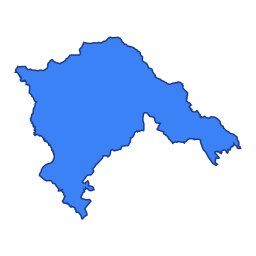 Santuario, Antioquia, Colombia
{"feature_id": "7082276B94557832813539", "entity_name": "Santuario", "entity_type": "district", "adm_level": 2, "iso_a3": "COL", "parent_name": "Colombia", "parent_adm1": "Antioquia", "projection": "albers", "projection_center": [-75.251, 6.114], "detail": "fine", "context": "isolated", "style": "filled", "palette": "blue", "viewbox_px": 256, "rotation_deg": 0, "n_neighbors": 0, "source": "geoboundaries", "source_scale": "gbopen_adm2", "svg_char_len": 5726}
<svg xmlns="http://www.w3.org/2000/svg" viewBox="0 0 256 256"><path d="M137.6,51.3L137.2,50.1L135.6,49.3L133.8,47.8L129.9,46.4L129.5,46.7L128.9,46.2L127.7,46.2L126.1,44.4L124.1,43.9L123.4,42.7L122.3,42.3L121.7,40.6L120.3,38.6L119.6,38.0L118.8,38.0L118.2,37.3L113.3,37.7L112.6,38.0L110.3,37.2L108.7,37.8L105.7,41.1L103.8,41.3L101.2,43.0L98.5,42.4L96.8,43.1L94.3,42.7L91.1,43.4L87.8,43.4L83.8,42.4L82.0,46.8L79.6,49.3L79.6,51.0L80.5,52.8L80.1,54.4L79.5,55.0L71.7,55.0L70.0,55.3L67.7,58.2L66.0,59.1L65.6,60.1L64.7,61.0L62.4,62.4L61.0,62.8L60.4,63.8L55.9,62.5L53.2,61.0L52.5,59.8L51.8,59.7L50.1,60.7L49.8,61.9L48.4,62.8L47.8,64.3L47.8,66.0L47.3,68.1L43.7,70.6L40.5,70.1L37.0,70.9L35.8,70.3L35.6,70.2L32.4,70.2L30.6,69.1L28.0,69.7L27.6,69.2L26.3,68.5L26.3,67.6L25.7,66.8L24.7,66.4L19.1,66.8L17.9,66.4L17.3,67.8L16.0,69.1L15.6,70.4L16.2,71.3L15.4,72.2L16.8,72.4L17.7,72.9L19.1,75.3L19.8,75.6L19.8,76.7L20.4,76.8L20.6,77.3L21.2,77.3L21.4,78.4L20.4,79.3L20.4,80.2L21.1,81.4L22.0,81.4L23.1,80.7L23.6,81.4L24.0,81.4L24.6,80.4L25.2,80.4L26.4,82.8L26.1,84.5L26.9,84.5L27.5,85.0L28.5,84.6L29.1,85.1L29.7,87.2L29.3,93.0L31.5,94.8L31.7,96.2L32.8,96.9L33.3,97.7L34.5,100.8L36.4,101.9L35.3,103.5L34.9,106.3L33.5,108.8L32.8,114.1L31.8,114.4L31.2,117.7L30.5,118.5L30.9,121.2L31.7,122.1L32.6,122.5L32.6,122.9L32.0,123.3L33.0,124.1L33.2,126.1L34.1,126.1L34.8,126.5L34.0,127.2L35.2,128.3L34.1,130.0L34.5,130.5L35.4,130.2L35.6,131.3L35.1,132.5L34.1,132.6L34.1,132.9L34.7,133.3L34.0,134.3L35.1,135.5L35.6,135.3L35.9,134.6L37.3,134.4L37.9,134.9L39.2,135.4L39.9,136.1L41.2,135.6L43.0,137.9L43.6,138.1L43.8,139.2L44.6,139.1L44.1,140.1L44.5,141.1L45.0,141.2L45.3,140.8L45.7,140.7L46.0,141.6L47.0,141.6L47.4,142.7L48.4,143.1L48.8,143.6L48.7,144.9L49.1,145.2L49.7,144.8L50.1,145.2L50.5,146.5L51.5,147.8L51.7,150.0L52.6,150.2L52.6,150.7L53.1,150.9L52.8,151.9L53.6,152.9L53.6,153.9L54.2,155.2L54.3,157.8L53.4,159.4L53.1,161.1L50.5,163.2L47.7,163.9L45.3,165.0L42.8,167.4L41.5,169.8L41.1,171.7L40.1,172.9L39.4,175.5L44.3,179.6L46.4,180.8L50.4,180.5L51.6,181.4L52.9,183.2L55.1,183.9L56.4,186.1L59.2,189.4L58.5,191.0L59.1,191.0L59.7,190.5L60.2,190.7L61.6,189.6L62.2,189.6L61.8,190.6L62.3,191.1L62.0,191.5L63.7,193.3L64.0,195.3L65.2,196.3L63.9,198.4L63.6,199.7L62.5,200.8L62.4,201.4L64.1,203.3L65.0,203.0L66.0,203.3L66.8,202.9L67.0,203.9L69.1,204.3L69.4,204.6L69.2,205.6L69.8,205.8L70.6,207.0L71.0,207.0L71.0,206.2L71.3,206.1L72.2,206.8L73.4,206.9L74.0,207.5L75.2,208.0L75.1,209.5L76.0,210.2L76.0,211.8L76.3,212.4L78.0,212.1L79.3,213.2L81.2,216.1L81.8,218.8L82.6,218.8L82.5,218.4L84.9,216.3L87.0,215.0L86.7,212.8L84.9,208.9L85.0,208.3L90.9,201.0L89.5,199.5L86.1,199.8L81.5,198.4L80.9,196.3L82.3,194.8L82.9,192.6L84.6,191.7L84.1,190.5L83.9,189.3L85.4,189.3L85.5,187.9L86.1,188.7L87.5,188.4L88.4,189.8L89.9,190.6L91.1,190.7L93.9,189.8L93.6,188.2L92.8,187.0L90.8,186.1L88.5,185.7L88.8,183.0L87.8,180.9L85.6,182.6L85.2,183.6L83.0,182.7L82.3,182.0L87.2,175.3L87.7,175.0L89.0,175.1L91.0,174.8L93.2,172.3L93.7,171.2L93.0,169.5L93.2,168.3L94.8,166.7L95.9,164.9L95.8,164.7L97.2,163.7L101.8,158.9L102.7,157.5L103.0,156.0L106.4,155.7L107.4,156.1L107.6,156.8L108.3,156.7L109.8,155.3L110.8,150.5L112.2,149.5L114.1,150.8L117.8,150.1L119.3,149.2L120.1,149.5L120.7,149.2L121.9,146.4L122.3,146.1L128.2,145.5L130.5,141.3L130.4,138.0L131.7,137.9L132.8,136.9L134.1,134.8L134.5,132.7L136.6,131.0L137.6,131.8L138.1,131.1L139.5,131.1L141.9,130.4L143.6,130.6L143.8,130.2L143.9,124.1L143.0,120.8L142.8,118.4L143.7,113.5L144.3,112.7L146.6,112.8L147.9,113.9L149.8,116.4L153.8,117.1L154.8,119.0L154.9,120.7L155.7,122.3L156.5,122.9L157.7,122.9L158.6,123.4L159.5,123.2L160.3,123.5L158.2,126.8L158.2,127.5L157.3,128.9L157.2,129.6L163.7,132.0L163.5,132.9L164.0,134.1L164.9,134.2L165.7,135.2L167.6,136.4L168.8,138.9L169.8,139.5L171.5,141.7L172.6,142.5L172.8,143.3L175.1,141.9L177.0,142.3L178.1,141.5L183.2,142.4L184.2,142.9L184.1,141.8L185.5,141.9L188.0,139.3L190.4,138.6L193.3,139.0L194.3,139.6L194.6,139.2L195.7,139.5L197.5,139.0L200.3,139.9L200.9,140.8L200.5,141.7L200.6,142.5L203.2,149.5L205.8,152.2L208.5,157.3L212.4,162.9L215.5,165.1L216.5,165.2L217.4,164.4L215.6,162.9L215.1,161.7L216.0,158.0L218.6,158.3L219.2,157.8L216.4,154.3L215.1,153.7L215.0,151.9L216.1,151.6L217.3,151.9L217.4,151.3L217.8,151.3L221.0,153.7L221.8,152.6L221.1,152.1L221.2,151.0L221.9,151.0L224.0,149.8L225.0,149.9L226.1,151.1L226.1,151.7L226.7,152.5L227.6,153.1L228.1,151.8L227.9,149.5L229.9,150.1L231.2,146.8L232.8,146.6L233.0,145.7L234.0,144.9L233.9,143.8L234.6,144.7L236.9,146.4L237.5,148.3L239.1,148.5L240.6,148.3L240.2,146.9L238.5,145.6L238.9,144.2L238.8,142.2L238.4,141.3L237.5,140.4L236.9,136.9L233.1,134.1L230.4,133.5L229.2,132.3L226.2,130.6L223.7,128.2L223.1,126.3L221.3,125.5L220.4,123.5L219.9,121.3L217.4,118.7L215.0,117.3L211.8,116.7L210.6,117.0L209.1,118.2L206.4,117.7L204.7,116.4L203.9,116.5L203.0,117.2L202.4,117.3L200.8,116.3L200.7,117.5L200.1,117.0L200.2,114.9L198.9,113.9L198.6,112.6L197.9,112.2L197.5,110.9L196.8,110.8L195.1,111.9L194.2,112.0L192.6,111.5L191.5,110.6L191.8,109.5L190.7,109.4L190.7,108.2L189.7,107.8L189.1,107.0L189.3,106.4L190.2,106.0L190.4,105.1L191.2,104.9L189.6,103.0L188.3,102.5L186.4,100.8L187.0,98.6L186.4,98.0L187.1,97.0L186.9,95.8L187.6,95.0L187.3,94.2L187.6,92.7L184.7,90.2L183.0,88.2L182.7,86.7L183.1,85.7L182.5,85.2L182.6,84.1L181.8,84.1L180.6,82.5L178.4,82.0L177.9,82.0L177.4,82.7L175.8,82.5L175.2,83.0L173.1,83.1L170.4,84.2L169.3,84.3L167.3,83.7L165.9,82.4L164.7,82.2L163.8,81.3L161.3,80.5L160.6,79.3L159.6,79.3L158.4,78.5L156.7,78.1L155.9,77.1L155.3,76.8L155.1,75.1L152.9,72.5L152.1,69.4L150.9,68.6L148.9,68.2L146.6,63.5L143.2,61.5L142.3,60.7L142.2,59.8L142.6,57.0L140.3,54.6L140.3,52.7L138.4,51.3L137.6,51.3Z" fill="#3b82f6" stroke="#1e3a8a" stroke-width="1.5"/></svg>